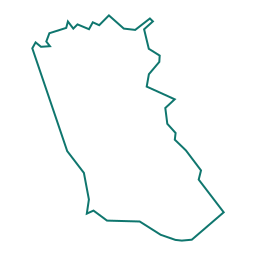 the district of McDuffie, Georgia, United States of America
{"feature_id": "52423323B55059844106261", "entity_name": "McDuffie", "entity_type": "district", "adm_level": 2, "iso_a3": "USA", "parent_name": "United States of America", "parent_adm1": "Georgia", "projection": "orthographic", "projection_center": [-82.481, 33.485], "detail": "fine", "context": "isolated", "style": "outline", "palette": "teal", "viewbox_px": 256, "rotation_deg": 0, "n_neighbors": 0, "source": "geoboundaries", "source_scale": "gbopen_adm2", "svg_char_len": 646}
<svg xmlns="http://www.w3.org/2000/svg" viewBox="0 0 256 256"><path d="M191.8,239.7L223.7,212.3L198.7,179.6L201.0,170.4L185.9,150.4L174.8,139.7L175.6,133.0L167.3,123.8L165.3,108.0L174.7,99.3L146.7,86.6L148.9,74.2L159.3,61.9L159.7,55.6L148.8,48.8L144.1,29.3L152.9,21.4L149.9,18.5L135.2,29.9L123.8,28.6L108.9,15.4L99.2,25.2L92.8,22.3L89.0,29.2L77.5,24.4L73.3,28.6L67.9,21.5L66.2,27.9L49.4,33.2L46.3,41.5L49.9,46.2L41.0,46.8L35.6,42.4L32.3,48.3L54.9,114.8L67.2,151.1L83.9,172.9L84.8,177.7L88.9,199.5L86.8,213.6L93.5,210.6L107.0,220.6L139.7,221.5L160.7,234.8L175.4,239.9L181.8,240.6L191.8,239.7Z" fill="none" stroke="#0f766e" stroke-width="2"/></svg>